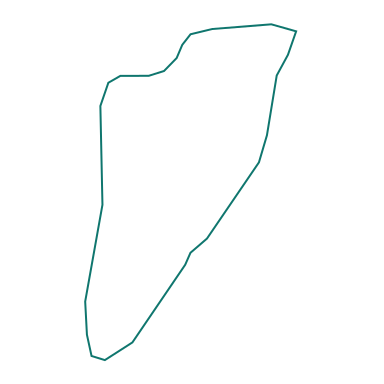 outline of Moûhîlî, rotated 87°
{"feature_id": "COM-4934", "entity_name": "Moûhîlî", "entity_type": "state/province", "adm_level": 1, "iso_a3": "COM", "parent_name": "Comoros", "parent_adm1": "", "projection": "natural_earth1", "projection_center": [43.722, -12.305], "detail": "fine", "context": "isolated", "style": "outline", "palette": "teal", "viewbox_px": 384, "rotation_deg": 87, "n_neighbors": 0, "source": "natural_earth", "source_scale": "10m", "svg_char_len": 451}
<svg xmlns="http://www.w3.org/2000/svg" viewBox="0 0 384 384"><g transform="rotate(87 192 192)"><path d="M252.6,196.7L264.3,202.6L339.1,259.4L355.3,287.8L350.5,300.9L329.0,304.4L295.8,304.4L200.1,282.1L101.3,279.0L78.5,269.8L72.3,257.5L73.7,229.1L69.7,213.6L57.4,200.3L44.5,194.0L34.4,185.2L30.3,163.3L28.7,104.0L37.0,79.6L60.0,89.0L80.1,101.3L139.3,114.2L165.9,123.6L239.3,179.5L252.6,196.7Z" fill="none" stroke="#0f766e" stroke-width="2"/></g></svg>